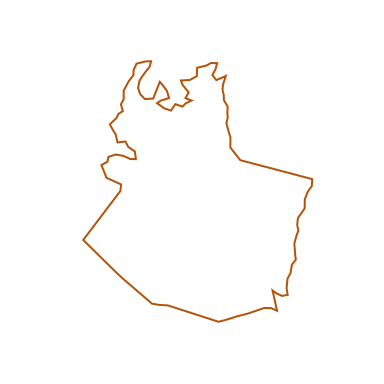 outline of Martins, Rio Grande do Norte, Brazil, rotated 162°
{"feature_id": "56859067B36328253412822", "entity_name": "Martins", "entity_type": "district", "adm_level": 2, "iso_a3": "BRA", "parent_name": "Brazil", "parent_adm1": "Rio Grande do Norte", "projection": "orthographic", "projection_center": [-37.912, -6.09], "detail": "fine", "context": "isolated", "style": "outline", "palette": "amber", "viewbox_px": 384, "rotation_deg": 162, "n_neighbors": 0, "source": "geoboundaries", "source_scale": "gbopen_adm2", "svg_char_len": 1485}
<svg xmlns="http://www.w3.org/2000/svg" viewBox="0 0 384 384"><g transform="rotate(162 192 192)"><path d="M217.8,317.0L225.6,309.6L228.4,301.2L232.5,297.4L232.7,290.4L238.0,288.9L241.0,285.6L249.2,281.8L248.0,275.2L246.8,270.1L247.5,262.1L239.7,260.6L238.7,254.5L233.8,248.2L235.2,240.6L240.5,242.4L246.2,247.7L253.0,251.2L260.6,251.2L263.1,246.9L269.9,245.6L269.4,239.6L268.9,231.9L257.1,221.1L259.8,215.1L296.2,189.8L310.3,180.0L289.2,139.4L285.0,131.8L264.6,98.2L258.0,94.7L250.0,91.6L206.9,60.4L199.0,59.9L187.3,59.8L176.4,59.1L159.1,59.4L152.6,57.1L147.8,52.8L145.8,73.4L142.9,69.4L138.5,65.4L132.8,64.6L131.8,71.2L128.0,80.0L123.4,84.4L119.4,92.1L114.2,95.5L113.1,101.2L111.9,106.0L110.7,111.1L107.4,116.3L102.7,122.7L102.2,128.0L99.3,134.5L89.9,141.6L87.0,150.2L81.8,156.5L76.3,160.5L73.7,167.1L136.2,207.3L141.8,222.4L138.5,232.2L138.5,237.7L138.0,246.9L135.1,251.5L134.0,256.2L131.7,262.2L133.3,269.4L131.8,274.7L131.5,279.5L129.3,284.6L124.0,291.9L134.3,290.9L136.5,297.0L131.7,301.5L128.3,306.8L134.3,308.8L139.1,307.8L148.7,308.6L151.6,300.7L159.4,299.2L168.1,301.5L167.9,296.9L164.4,287.8L169.2,283.3L164.1,279.1L170.4,278.3L174.7,276.2L180.7,280.7L186.8,275.9L192.5,280.1L197.8,287.3L193.3,288.6L184.8,288.4L184.6,296.0L186.7,302.2L188.6,306.7L200.0,292.9L208.1,294.9L211.1,301.2L211.1,307.6L207.7,313.9L204.0,317.0L199.8,320.1L193.6,324.2L190.5,329.0L195.5,330.5L205.1,331.2L209.9,326.0L211.6,321.2L217.8,317.0Z" fill="none" stroke="#b45309" stroke-width="2"/></g></svg>